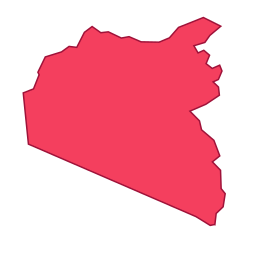 outline of Stanly, North Carolina, United States of America, rotated 265°
{"feature_id": "52423323B43172948431886", "entity_name": "Stanly", "entity_type": "district", "adm_level": 2, "iso_a3": "USA", "parent_name": "United States of America", "parent_adm1": "North Carolina", "projection": "albers", "projection_center": [-80.212, 35.324], "detail": "fine", "context": "isolated", "style": "filled", "palette": "rose", "viewbox_px": 256, "rotation_deg": 265, "n_neighbors": 0, "source": "geoboundaries", "source_scale": "gbopen_adm2", "svg_char_len": 773}
<svg xmlns="http://www.w3.org/2000/svg" viewBox="0 0 256 256"><g transform="rotate(265 128 128)"><path d="M120.6,27.4L33.8,188.0L23.8,201.4L24.3,205.6L24.1,206.1L35.2,208.4L41.2,215.9L54.1,219.1L59.5,215.5L77.8,216.5L86.9,209.1L92.2,217.0L108.2,212.5L119.8,201.1L128.9,199.8L139.4,191.1L144.9,207.7L152.7,221.9L160.9,221.7L166.5,216.8L168.5,222.3L176.6,226.6L182.6,224.8L180.0,217.1L185.3,211.4L193.4,215.6L198.8,210.3L196.7,204.3L204.2,200.8L206.6,212.1L213.1,217.6L221.3,229.3L231.5,212.7L223.8,187.1L214.2,177.1L210.8,166.4L212.7,148.5L218.9,137.0L218.2,129.2L225.5,116.8L225.3,109.2L232.2,101.1L227.1,92.9L212.8,84.0L214.4,76.4L209.6,68.4L206.0,51.8L191.4,43.1L188.8,44.1L175.2,37.3L172.1,26.7L120.6,27.4Z" fill="#f43f5e" stroke="#9f1239" stroke-width="1.5"/></g></svg>